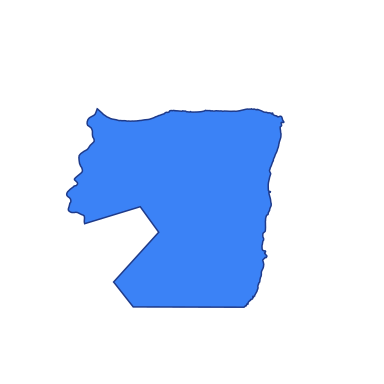 Gros Piton, Soufrière, Saint Lucia, rotated 143°
{"feature_id": "8701671B60383917462580", "entity_name": "Gros Piton", "entity_type": "district", "adm_level": 2, "iso_a3": "LCA", "parent_name": "Saint Lucia", "parent_adm1": "Soufrière", "projection": "mercator", "projection_center": [-61.071, 13.808], "detail": "fine", "context": "isolated", "style": "filled", "palette": "blue", "viewbox_px": 384, "rotation_deg": 143, "n_neighbors": 0, "source": "geoboundaries", "source_scale": "gbopen_adm2", "svg_char_len": 5544}
<svg xmlns="http://www.w3.org/2000/svg" viewBox="0 0 384 384"><g transform="rotate(143 192 192)"><path d="M308.1,135.6L219.8,68.7L218.9,68.8L218.5,68.7L217.8,69.0L217.4,68.6L217.1,68.5L216.1,69.2L215.4,69.5L215.0,69.4L214.8,69.3L215.0,68.9L214.8,68.8L214.5,69.0L214.2,69.4L214.2,69.6L213.0,70.2L212.2,70.3L211.5,70.4L210.9,70.4L210.5,70.2L210.3,70.4L210.1,70.7L209.6,70.8L209.4,70.7L208.6,70.3L208.0,70.3L207.7,70.4L207.1,71.0L206.7,71.4L206.7,70.9L206.3,70.9L206.0,71.4L205.7,71.6L205.0,71.3L204.5,71.3L204.4,71.6L203.8,71.9L200.6,73.3L199.6,73.8L198.7,74.6L198.1,74.8L197.4,75.4L197.0,75.6L196.3,76.9L195.8,77.4L195.2,77.9L194.5,78.2L194.2,78.4L194.0,78.8L193.4,79.1L192.9,79.1L192.6,79.3L192.1,79.4L190.6,80.9L190.3,81.3L189.2,82.1L188.7,82.6L187.6,83.1L186.4,84.2L185.5,85.4L184.8,86.3L183.7,87.1L181.9,88.0L180.8,88.6L179.9,89.3L178.2,91.1L177.7,92.2L177.4,92.8L176.7,94.6L176.7,94.8L176.2,95.2L173.6,95.5L173.1,95.7L172.7,95.6L172.5,95.1L172.0,95.0L170.9,95.6L170.6,96.3L170.8,97.1L170.7,98.7L171.0,99.0L170.7,99.7L169.6,99.8L169.1,100.1L168.9,100.7L169.2,101.1L170.1,101.9L170.2,102.1L170.5,102.8L170.5,103.4L170.3,104.3L169.4,105.6L168.5,106.9L168.1,107.3L167.5,107.7L165.0,110.1L163.8,110.5L163.5,110.8L162.8,111.7L162.6,112.5L162.5,113.3L161.7,114.6L160.7,115.8L160.2,116.2L159.4,116.4L157.7,116.5L157.0,116.7L156.0,117.8L154.5,119.6L153.3,121.3L152.4,122.5L150.9,124.6L150.3,125.1L149.3,126.4L148.0,127.5L146.5,128.5L145.7,128.4L145.0,128.3L144.3,128.6L143.8,129.4L141.0,130.7L140.2,131.6L138.6,132.6L137.1,133.4L135.9,134.8L135.2,136.4L134.8,137.1L133.9,138.6L133.4,139.6L131.7,143.9L131.3,144.7L130.9,145.1L130.8,145.3L130.4,145.1L129.8,144.7L129.4,144.9L129.2,145.1L129.4,145.5L130.0,146.2L130.1,146.9L130.0,147.4L127.9,150.4L126.7,152.0L125.3,153.5L122.0,156.3L121.1,157.1L119.7,158.1L118.4,159.0L118.0,159.5L117.7,161.3L117.4,162.1L117.0,162.8L115.7,163.5L115.0,164.2L113.0,165.2L110.2,167.1L109.1,167.7L108.3,168.0L107.2,169.2L104.9,170.4L102.9,171.8L100.6,172.9L99.3,173.7L97.7,174.9L96.1,175.9L94.7,177.1L94.0,177.8L93.6,178.2L93.1,178.5L92.2,179.4L91.4,179.9L88.6,181.9L87.9,182.5L85.9,184.9L85.5,186.0L84.2,188.0L83.5,189.4L82.4,190.9L81.8,190.9L81.1,190.9L80.5,191.1L79.7,192.5L79.5,193.2L79.1,193.6L78.8,193.8L78.2,193.5L77.7,192.8L77.0,192.4L76.8,192.4L76.5,192.6L76.3,194.9L75.3,197.4L75.2,198.0L75.3,198.7L75.6,199.2L76.1,199.5L76.3,199.6L77.1,199.8L78.1,200.2L78.6,201.2L78.5,201.5L78.9,202.2L79.7,203.0L80.3,204.1L80.8,205.8L80.3,206.0L80.1,206.2L80.2,206.6L80.5,206.8L80.9,206.9L81.4,206.7L81.5,207.1L81.7,207.6L82.0,208.1L83.0,209.1L83.5,209.2L83.8,209.5L84.2,210.3L84.5,210.8L85.6,211.6L86.5,212.6L87.6,214.8L89.6,218.0L90.2,218.7L90.5,218.5L91.3,219.2L92.1,220.3L92.5,221.0L93.2,221.1L93.7,221.5L94.2,222.1L94.4,222.3L94.4,222.6L95.1,222.8L96.2,223.6L97.1,224.2L97.8,224.9L99.7,225.9L102.1,226.9L102.2,227.0L104.8,228.1L107.3,229.4L108.2,229.9L108.8,230.4L109.3,230.9L110.0,231.3L110.6,231.9L111.1,232.1L113.1,233.6L115.6,235.7L117.3,237.1L117.8,237.4L118.9,237.9L119.3,238.6L120.3,239.5L121.4,240.2L121.9,240.7L122.8,241.4L123.7,242.3L125.3,243.1L126.4,243.9L126.6,244.1L127.0,244.7L127.6,245.0L128.1,245.4L128.4,245.6L128.6,246.2L129.1,246.5L130.5,247.6L131.9,248.7L132.1,249.1L132.8,249.2L133.5,249.3L133.9,249.5L135.5,250.2L137.1,251.1L138.7,252.1L139.9,252.9L143.4,255.4L144.4,256.3L144.7,256.5L144.7,256.8L144.9,257.2L145.9,257.3L146.3,257.7L147.2,258.7L147.9,259.1L148.5,260.5L149.7,261.4L150.7,262.5L151.5,262.5L151.9,262.9L154.7,265.5L155.6,266.2L156.1,266.8L156.7,267.0L157.3,268.0L158.6,268.7L158.9,268.8L159.1,269.2L160.1,269.9L160.9,270.2L161.6,270.0L161.7,269.8L162.1,269.7L163.5,270.1L164.1,270.8L164.4,271.0L165.2,271.3L165.7,271.4L166.4,271.3L167.0,271.2L169.4,272.0L170.1,272.2L171.7,272.6L172.3,273.0L174.7,273.5L176.0,274.0L177.5,274.2L179.2,274.7L180.1,275.0L181.0,275.3L182.2,275.7L183.4,276.3L185.5,277.6L187.2,278.6L187.3,278.6L189.0,279.5L189.7,279.8L190.3,280.3L192.3,281.4L192.5,281.6L193.1,281.8L193.9,282.4L196.3,284.0L196.9,284.6L198.3,285.4L200.1,287.0L201.1,287.6L202.2,288.9L203.0,289.6L204.5,290.7L205.2,291.2L205.7,291.8L206.7,292.6L207.2,292.8L209.2,295.5L209.9,296.2L210.6,297.0L210.9,297.3L211.8,298.2L212.0,298.6L212.7,299.4L213.8,301.6L214.2,302.3L214.6,302.9L215.1,304.4L215.6,306.0L216.0,307.0L216.2,307.3L216.1,308.0L216.6,310.6L217.1,313.1L217.5,315.3L217.6,315.5L220.8,313.4L222.7,312.4L224.2,312.3L225.7,312.5L228.3,312.9L229.9,312.9L231.6,312.4L233.5,311.1L234.7,309.6L235.2,308.0L234.6,306.3L234.3,305.1L234.0,304.2L234.2,302.5L234.8,300.7L235.6,299.6L237.0,297.8L238.0,296.0L238.2,295.1L238.3,293.8L238.8,292.5L239.7,291.3L240.9,291.0L245.2,290.5L247.0,289.9L247.6,289.6L249.4,289.1L250.6,289.0L253.8,289.5L257.7,289.6L259.1,289.3L260.3,288.9L261.2,287.9L261.5,287.7L261.7,287.4L263.0,285.4L263.9,283.8L264.8,282.1L264.9,280.8L265.3,280.3L265.4,277.9L265.9,276.4L266.5,275.2L267.1,274.5L268.0,274.1L269.1,273.9L273.6,273.7L276.7,273.5L278.1,273.1L278.5,272.4L278.2,270.7L277.9,268.7L278.0,268.1L278.6,267.3L280.1,266.8L280.7,266.8L281.5,267.3L282.9,267.7L283.1,267.5L287.6,267.5L289.7,267.2L291.2,267.0L292.7,266.3L293.6,265.4L293.9,264.8L294.0,263.6L293.8,262.7L293.3,261.1L293.3,259.4L294.0,257.9L294.8,257.0L296.3,256.5L299.1,254.2L300.6,253.2L301.6,252.1L301.7,250.7L301.1,249.1L300.3,247.9L298.3,246.4L296.9,245.7L295.7,244.4L294.7,242.3L293.7,240.3L292.9,239.2L292.5,237.8L293.0,236.7L293.6,235.8L295.6,233.5L296.2,232.6L296.8,231.3L242.2,211.4L242.8,179.9L308.8,167.3L308.7,165.1L308.1,135.6Z" fill="#3b82f6" stroke="#1e3a8a" stroke-width="1.5"/></g></svg>